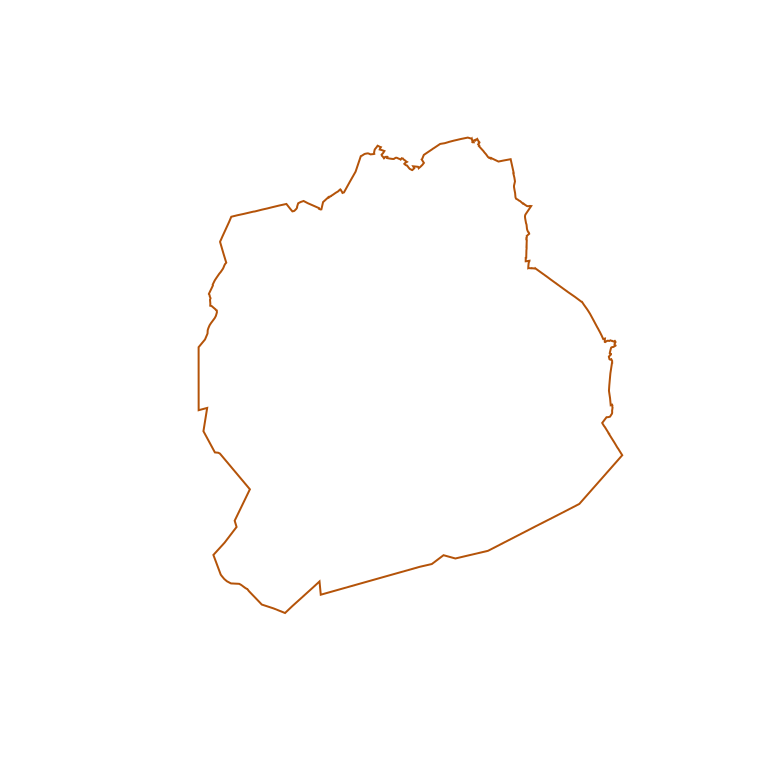 Winterswijk, Gelderland, Netherlands, rotated 132°
{"feature_id": "6326949B79169073187594", "entity_name": "Winterswijk", "entity_type": "district", "adm_level": 2, "iso_a3": "NLD", "parent_name": "Netherlands", "parent_adm1": "Gelderland", "projection": "robinson", "projection_center": [6.688, 51.968], "detail": "fine", "context": "isolated", "style": "outline", "palette": "amber", "viewbox_px": 768, "rotation_deg": 132, "n_neighbors": 0, "source": "geoboundaries", "source_scale": "gbopen_adm2", "svg_char_len": 5974}
<svg xmlns="http://www.w3.org/2000/svg" viewBox="0 0 768 768"><g transform="rotate(132 384 384)"><path d="M230.2,553.7L245.2,547.2L256.6,544.7L268.2,542.0L268.6,542.0L269.4,542.6L269.8,542.7L269.8,542.8L269.5,543.3L269.3,543.7L269.2,544.4L268.6,546.1L268.6,546.7L269.9,546.9L271.6,547.0L274.1,547.8L278.0,548.7L279.2,549.1L279.7,549.0L280.1,549.3L280.3,549.4L280.5,549.4L281.0,549.6L281.4,549.6L281.8,549.8L281.8,550.2L282.1,550.3L282.2,550.1L282.4,549.8L282.7,549.8L282.8,550.1L283.1,550.2L283.4,550.4L289.6,551.0L296.1,547.4L296.8,548.0L297.3,549.6L296.8,550.0L298.4,554.9L300.6,561.5L301.8,566.2L304.5,567.7L307.1,568.7L308.5,568.1L310.6,567.1L311.1,566.6L312.7,566.3L313.2,566.4L314.3,566.4L315.3,566.5L315.8,566.7L316.3,567.1L317.0,567.6L316.6,570.7L315.5,577.0L317.6,578.5L321.2,581.1L328.5,586.1L331.5,588.1L336.0,591.3L342.3,595.5L343.3,596.4L351.5,602.1L356.6,605.8L361.9,609.4L367.1,607.6L382.8,602.7L385.5,601.8L387.8,601.1L388.1,600.9L394.6,590.4L399.4,582.4L401.0,582.4L402.7,582.0L404.8,581.2L406.2,580.8L407.7,580.6L409.9,580.3L412.4,580.2L417.6,579.5L420.2,579.1L424.8,577.8L425.2,577.1L427.5,576.4L434.3,574.4L434.7,573.0L435.5,572.1L436.3,570.3L437.8,569.7L440.4,566.9L442.1,565.5L441.4,564.3L441.3,559.7L441.2,559.4L441.5,558.4L441.2,557.5L442.6,556.1L445.9,554.5L448.3,553.9L454.7,553.3L457.1,552.9L460.0,551.9L462.0,551.0L464.6,548.9L470.7,546.8L480.7,546.4L527.5,504.2L520.1,499.4L539.9,486.6L544.7,473.1L548.0,463.9L546.0,461.2L545.5,459.4L552.0,413.2L585.5,403.5L588.9,397.9L608.5,396.3L625.2,396.4L634.9,377.8L635.2,376.4L635.8,372.3L635.7,368.7L634.6,364.3L629.4,357.9L628.9,355.8L628.4,350.6L628.0,348.7L627.8,348.4L628.3,345.9L628.5,343.3L629.5,329.4L629.7,327.3L624.7,316.0L620.4,304.3L610.3,303.5L583.4,300.7L573.9,299.8L582.9,290.0L527.1,254.8L513.5,246.2L495.9,235.1L485.8,228.0L471.4,225.2L465.9,214.2L438.4,195.1L388.3,176.1L364.1,166.8L342.4,158.6L277.5,159.3L275.5,166.3L275.5,166.2L275.4,166.5L275.3,166.9L275.3,167.0L275.1,168.0L273.5,173.1L270.5,183.7L270.3,183.6L270.1,184.5L268.4,190.4L268.3,190.5L268.0,192.3L267.1,195.4L266.9,195.8L259.8,196.4L258.6,195.2L257.1,194.2L256.7,194.2L255.9,194.4L254.9,194.5L254.7,194.6L253.7,194.7L253.2,194.9L252.7,195.2L251.0,196.8L250.5,197.1L250.3,197.2L249.9,197.5L248.7,198.3L248.5,198.5L248.2,199.1L248.0,199.3L247.2,199.8L246.7,200.8L246.9,201.0L248.0,201.4L243.3,206.5L240.5,209.9L238.5,212.3L234.2,215.7L224.6,222.9L215.6,228.8L215.5,228.7L215.3,228.9L214.2,229.9L213.5,231.7L213.9,231.9L214.3,231.9L214.5,232.1L214.7,233.0L214.1,233.9L213.4,235.0L213.1,235.3L212.3,235.2L211.6,235.1L210.2,235.1L209.8,235.5L210.2,236.0L210.3,236.2L210.3,236.6L210.1,236.8L209.3,237.3L206.5,238.8L205.0,239.5L204.8,239.5L204.2,239.3L202.9,238.3L200.9,237.7L200.5,237.6L200.4,237.7L200.4,238.0L200.7,238.6L200.7,238.8L200.1,239.4L199.0,239.7L198.8,239.8L198.3,239.9L197.9,240.0L197.6,240.7L197.5,241.3L198.8,241.7L199.1,242.5L199.1,242.8L199.2,243.2L199.3,243.3L199.6,243.6L200.0,244.9L200.1,245.0L201.3,245.4L201.8,246.3L202.2,246.8L202.6,247.0L203.1,247.2L204.9,247.7L205.0,247.9L205.0,248.1L204.7,248.4L204.2,248.8L204.1,249.0L202.4,250.2L203.9,251.2L202.4,254.6L200.9,258.4L200.4,259.9L199.8,261.5L199.7,261.7L199.1,263.6L197.0,269.4L194.0,277.8L193.2,280.6L192.6,282.8L191.3,288.7L190.5,291.7L190.7,291.8L191.5,300.5L192.6,309.0L194.9,330.9L195.1,333.3L196.8,348.9L196.8,349.0L197.1,348.9L197.8,349.9L198.9,351.5L199.0,351.4L199.1,351.5L201.2,354.2L201.4,354.3L199.7,355.7L198.7,356.4L198.5,356.6L197.2,357.5L196.7,357.8L195.7,358.0L195.4,358.2L195.1,358.4L197.8,360.6L198.0,360.8L195.4,363.1L195.0,362.8L191.7,365.6L189.5,367.5L188.0,368.6L185.4,370.9L185.5,370.9L181.4,374.3L181.3,374.5L181.4,374.9L180.2,375.9L179.9,375.7L178.5,376.9L178.4,376.8L177.5,376.9L175.2,376.6L175.0,376.9L174.6,377.7L174.5,377.9L174.6,378.3L174.5,378.7L174.0,380.0L173.4,381.0L173.1,381.5L170.3,384.6L169.9,385.2L169.5,386.0L166.4,390.0L165.5,391.0L165.2,391.3L164.5,391.8L163.7,392.2L163.3,392.3L153.3,393.7L154.0,394.7L155.0,395.5L155.5,395.9L155.8,396.4L156.1,396.8L156.2,397.5L156.5,399.4L156.5,400.2L156.6,401.3L157.0,401.3L157.0,405.2L157.4,406.6L157.5,408.2L157.9,409.5L157.9,410.0L157.2,411.3L154.4,414.3L152.9,416.3L150.7,419.1L150.1,419.7L149.6,420.1L146.0,422.1L145.6,422.4L145.5,422.6L143.4,425.2L140.8,429.0L140.4,428.8L132.2,440.3L137.8,444.6L142.1,447.8L144.2,454.9L144.3,455.7L144.9,456.3L145.0,456.2L145.0,456.3L145.2,456.2L145.6,457.1L145.7,457.5L145.7,457.8L145.7,458.7L145.2,461.1L145.1,461.3L145.0,462.0L144.9,462.8L144.7,464.5L144.4,465.8L143.7,472.7L143.0,472.8L142.9,474.4L140.7,474.6L140.6,474.8L141.1,475.2L140.4,475.8L140.2,476.7L139.5,478.7L141.3,478.9L141.0,479.3L143.1,480.3L144.3,479.0L145.1,479.9L145.1,480.1L144.9,480.1L142.9,483.0L143.1,483.0L144.8,486.6L149.4,490.0L149.5,490.1L151.9,491.8L153.5,492.9L156.5,495.0L160.9,497.9L161.3,498.1L164.4,500.0L168.0,502.9L175.9,504.9L176.4,505.1L176.8,505.1L176.7,505.1L187.1,507.7L191.6,506.1L191.9,506.2L193.0,502.3L195.4,502.1L197.1,502.2L198.3,502.3L200.4,502.6L199.9,503.4L199.8,503.8L199.8,504.0L200.0,504.3L202.7,508.0L203.4,505.9L206.1,506.1L206.3,506.4L206.4,507.0L206.9,508.8L206.9,509.1L206.7,510.6L206.2,513.0L206.5,513.4L206.6,513.8L206.8,514.5L206.8,516.2L205.5,516.2L203.6,515.6L203.8,516.7L203.8,518.2L204.0,519.4L204.0,519.8L203.8,520.9L204.2,521.4L204.3,521.6L204.4,521.9L206.1,521.8L206.2,522.6L206.8,524.1L207.1,525.2L207.3,525.8L207.5,526.1L207.8,526.5L208.4,526.8L210.2,527.3L210.3,527.5L211.0,528.2L212.5,530.4L214.0,532.8L212.9,533.4L213.0,533.7L214.5,535.1L215.8,534.9L216.3,535.0L215.9,536.5L215.8,537.3L215.7,539.1L215.7,539.3L215.9,539.3L215.3,539.3L214.7,539.2L214.1,539.2L213.0,539.2L210.6,539.6L211.5,541.8L212.6,544.1L211.2,544.6L210.1,544.8L210.4,545.5L210.6,546.0L211.0,547.6L211.2,548.2L212.6,548.0L215.9,547.8L217.2,547.1L218.7,546.2L219.5,545.2L220.2,545.7L222.4,547.7L223.0,549.6L223.4,550.3L223.8,550.7L225.5,552.0L226.2,552.4L229.1,553.2L230.2,553.7Z" fill="none" stroke="#b45309" stroke-width="2"/></g></svg>